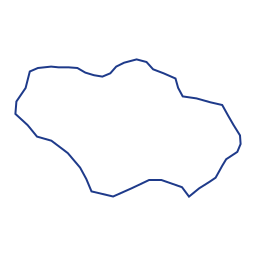 Orga, Cyprus (Albers equal-area conic projection)
{"feature_id": "46923920B94328330432967", "entity_name": "Orga", "entity_type": "district", "adm_level": 2, "iso_a3": "CYP", "parent_name": "Cyprus", "parent_adm1": "", "projection": "albers", "projection_center": [33.031, 35.359], "detail": "fine", "context": "isolated", "style": "outline", "palette": "blue", "viewbox_px": 256, "rotation_deg": 0, "n_neighbors": 0, "source": "geoboundaries", "source_scale": "gbopen_adm2", "svg_char_len": 688}
<svg xmlns="http://www.w3.org/2000/svg" viewBox="0 0 256 256"><path d="M189.0,196.6L199.2,188.3L209.7,181.7L215.6,177.7L218.9,171.8L222.2,165.8L226.2,159.2L237.3,151.9L240.6,144.0L240.0,135.4L233.4,124.8L228.1,115.6L222.2,105.0L210.4,102.3L196.5,98.4L182.7,96.4L178.1,87.8L175.5,78.5L163.6,73.3L153.1,69.3L146.5,62.0L136.6,59.4L124.1,62.7L116.2,66.6L110.3,73.3L102.4,76.6L93.9,75.2L85.3,72.6L77.4,68.0L68.2,67.3L58.3,67.3L51.1,66.6L37.9,68.0L29.8,71.5L25.6,88.0L16.4,101.5L15.4,113.9L27.7,125.2L37.0,136.6L51.4,140.7L67.8,153.1L80.1,167.6L86.3,179.0L91.5,191.4L113.1,196.5L131.6,188.3L149.1,180.0L161.4,180.0L182.0,187.2L189.0,196.6Z" fill="none" stroke="#1e3a8a" stroke-width="2"/></svg>